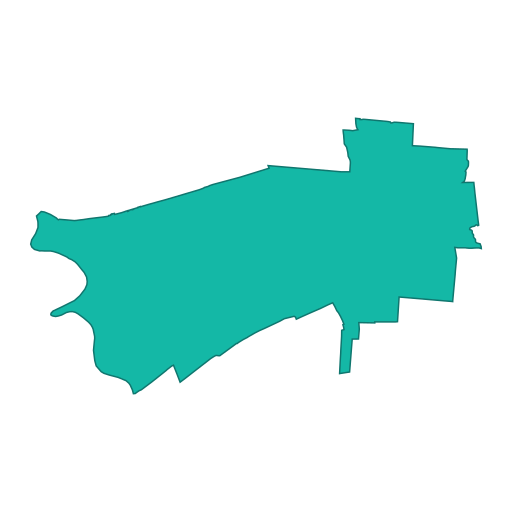 the district of Liesti, Galati, Romania
{"feature_id": "2599482B2048722237539", "entity_name": "Liesti", "entity_type": "district", "adm_level": 2, "iso_a3": "ROU", "parent_name": "Romania", "parent_adm1": "Galati", "projection": "albers", "projection_center": [27.596, 45.626], "detail": "fine", "context": "isolated", "style": "filled", "palette": "teal", "viewbox_px": 512, "rotation_deg": 0, "n_neighbors": 0, "source": "geoboundaries", "source_scale": "gbopen_adm2", "svg_char_len": 4419}
<svg xmlns="http://www.w3.org/2000/svg" viewBox="0 0 512 512"><path d="M339.6,373.6L340.7,373.4L349.6,372.0L350.8,356.8L352.2,339.1L358.5,339.0L359.3,329.1L358.8,322.6L374.8,322.9L374.8,321.9L391.4,321.9L395.5,321.9L397.5,321.7L399.1,297.0L422.9,299.0L444.8,300.9L451.1,301.4L452.7,301.6L452.7,301.4L452.7,301.0L453.2,295.5L454.0,286.8L455.1,274.9L455.4,270.8L456.6,258.1L454.8,247.4L457.9,247.8L465.5,247.8L466.7,248.0L468.4,248.1L468.9,248.2L470.4,248.2L471.7,248.2L474.6,248.0L476.9,247.9L479.1,247.9L481.3,248.6L481.1,246.5L480.1,243.8L477.5,243.2L476.4,242.7L475.6,241.9L475.5,241.1L475.5,239.9L475.4,239.3L474.1,237.9L473.6,237.1L473.5,236.3L473.5,235.5L473.6,235.3L473.4,234.6L472.3,233.3L472.2,231.2L472.0,230.6L471.4,230.1L469.8,229.6L469.6,229.2L469.9,228.0L471.7,226.8L474.0,226.3L474.8,226.0L475.9,225.0L476.8,224.8L477.2,225.3L477.8,225.7L478.7,225.2L478.1,220.7L474.9,193.0L474.5,188.8L474.2,186.2L474.1,185.5L473.9,183.3L473.8,182.4L470.6,182.4L462.7,182.5L464.0,181.5L464.4,180.9L464.7,180.1L465.2,178.6L465.4,177.1L465.8,175.0L465.9,173.5L466.0,172.0L465.7,171.7L465.2,171.2L467.0,168.3L468.1,166.5L468.4,165.4L468.5,162.6L468.4,161.2L466.9,159.6L467.0,156.4L467.2,150.7L467.1,149.2L452.0,148.8L451.0,148.8L450.8,148.8L437.7,147.6L435.2,147.3L420.0,146.1L414.2,145.8L412.4,145.7L413.4,123.7L399.3,122.5L396.6,122.3L394.1,122.2L392.0,122.9L390.8,122.9L390.4,122.0L389.6,121.9L388.9,121.7L386.8,121.4L365.3,119.4L363.5,119.3L362.9,119.3L362.2,119.5L361.9,119.6L360.3,119.6L360.0,119.6L360.0,119.2L360.0,118.7L358.1,118.6L355.6,118.3L355.7,120.4L355.9,123.8L356.5,127.0L357.3,128.8L357.9,129.7L354.8,130.3L352.7,130.7L349.5,130.3L343.9,130.0L343.1,130.0L343.2,131.6L343.5,134.3L343.6,134.5L343.8,137.2L343.9,138.4L344.1,141.1L344.3,143.9L346.6,147.2L347.8,152.5L348.2,156.3L350.0,159.9L350.3,161.3L350.4,162.9L349.8,171.8L341.2,171.8L268.1,165.6L269.1,168.2L239.8,177.3L222.6,181.9L212.9,184.5L209.4,185.7L208.2,186.4L204.6,187.4L204.3,187.5L203.6,188.1L199.4,189.7L197.7,190.2L164.2,200.1L157.5,201.9L153.3,203.1L150.0,204.0L149.6,204.1L143.1,206.0L140.5,206.8L140.4,206.5L137.9,207.3L138.0,207.6L137.5,207.8L137.4,207.8L137.2,207.8L135.9,208.2L135.5,208.3L133.3,209.0L133.4,209.4L132.3,209.7L132.2,209.3L128.4,210.5L128.5,211.1L128.4,211.1L127.6,211.4L127.5,210.8L127.5,210.7L126.6,211.0L126.4,211.1L126.1,211.1L125.6,211.3L125.0,211.5L124.8,211.6L121.5,212.7L116.0,214.1L115.4,214.2L115.0,214.3L114.6,214.4L114.4,213.4L112.1,213.9L111.8,213.9L111.8,214.3L111.0,214.4L111.0,214.8L110.5,214.8L110.3,215.4L108.7,215.5L108.4,216.2L105.3,216.7L102.2,217.1L96.3,217.8L89.6,218.6L83.1,219.6L80.3,219.9L75.9,220.5L75.3,220.5L74.5,220.6L68.7,220.1L66.5,219.9L59.3,219.3L58.4,219.8L57.5,219.2L56.4,218.0L55.4,217.4L54.4,216.8L50.5,214.5L48.6,213.7L46.9,213.0L44.4,212.0L41.2,211.5L38.9,213.8L36.5,216.0L36.9,217.6L37.9,221.5L38.0,223.4L38.0,227.5L36.4,231.7L35.6,233.7L31.7,239.9L30.7,244.1L31.8,247.0L34.4,249.4L39.6,250.9L41.8,250.8L45.0,251.0L46.1,251.0L50.6,251.0L53.3,251.5L54.6,251.9L55.3,252.1L58.4,253.1L64.6,255.9L66.9,257.0L69.1,258.6L71.6,259.6L75.2,261.9L77.5,264.2L81.7,269.5L84.2,272.5L86.6,277.1L87.2,281.5L86.9,284.7L84.9,289.2L79.8,295.8L74.4,300.6L62.0,306.8L53.1,311.0L51.2,313.0L50.8,314.2L51.2,315.3L52.8,316.0L55.6,316.5L58.3,316.0L61.6,315.0L66.4,312.5L69.6,311.7L72.4,311.6L75.3,312.3L78.0,313.8L83.3,317.7L88.6,322.2L90.8,324.6L92.3,327.1L93.2,329.3L93.6,331.4L94.6,336.2L94.7,338.4L94.4,340.9L93.5,350.3L94.8,360.7L96.2,365.9L101.2,371.7L103.9,373.3L109.1,375.0L118.2,377.4L126.1,380.7L128.9,383.2L130.3,385.2L131.3,387.5L132.4,389.9L133.4,393.7L135.3,393.5L136.7,392.4L139.0,390.8L141.1,389.9L141.3,389.8L145.7,386.5L148.1,384.7L149.3,383.8L151.7,382.0L163.3,372.8L165.0,371.4L165.8,370.8L167.2,369.5L171.6,366.1L173.5,365.2L177.1,374.3L180.1,382.2L185.8,377.9L194.5,371.1L210.9,358.4L214.4,356.2L216.1,355.4L218.5,355.7L219.8,355.7L235.9,343.9L236.3,343.5L237.0,343.6L238.6,342.4L243.3,339.5L247.6,337.3L248.0,336.9L254.8,333.0L259.5,330.6L264.5,328.4L279.8,321.2L284.3,318.7L286.3,318.2L294.1,316.3L295.5,317.1L296.3,319.2L301.5,316.8L309.1,313.4L321.0,308.2L327.8,304.9L330.3,303.8L332.2,303.0L332.7,302.8L334.8,306.5L336.8,310.7L338.5,312.8L340.4,316.2L342.5,320.6L343.9,324.2L342.9,324.7L343.2,325.8L343.6,327.0L344.0,329.6L342.9,329.9L341.7,330.3L341.6,336.4L340.8,350.5L340.7,353.2L340.4,358.0L339.6,373.4L339.6,373.6Z" fill="#14b8a6" stroke="#0f766e" stroke-width="1.5"/></svg>